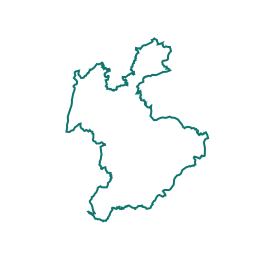 Wang Nam Khiao, Nakhon Ratchasima, Thailand, rotated 52°
{"feature_id": "78962969B7842006163468", "entity_name": "Wang Nam Khiao", "entity_type": "district", "adm_level": 2, "iso_a3": "THA", "parent_name": "Thailand", "parent_adm1": "Nakhon Ratchasima", "projection": "natural_earth1", "projection_center": [101.843, 14.436], "detail": "fine", "context": "isolated", "style": "outline", "palette": "teal", "viewbox_px": 256, "rotation_deg": 52, "n_neighbors": 0, "source": "geoboundaries", "source_scale": "gbopen_adm2", "svg_char_len": 5763}
<svg xmlns="http://www.w3.org/2000/svg" viewBox="0 0 256 256"><g transform="rotate(52 128 128)"><path d="M197.0,84.5L191.0,79.6L186.2,77.2L184.8,74.9L184.4,73.6L185.3,71.1L182.5,69.9L179.4,69.3L179.2,70.9L178.9,71.0L179.3,71.5L178.9,72.3L179.1,73.0L178.9,73.6L177.1,73.8L176.8,75.3L177.5,75.5L177.4,76.3L174.1,76.4L173.6,76.2L174.1,75.3L173.2,74.6L172.8,75.0L170.9,74.9L170.6,76.0L169.0,75.9L168.0,76.9L167.5,78.3L165.9,78.3L163.9,80.2L162.9,82.5L163.0,83.5L160.8,84.0L159.1,83.4L152.0,83.4L148.8,84.9L146.4,87.4L144.6,88.3L143.4,91.9L141.3,93.9L140.3,95.5L139.4,98.6L139.3,100.6L137.7,102.7L132.3,102.9L130.8,100.8L128.7,98.9L126.7,97.9L124.9,96.2L125.0,98.8L123.5,99.8L120.1,100.2L119.6,99.9L120.2,99.4L120.1,99.0L119.0,99.2L118.5,99.0L118.5,98.5L118.3,98.7L117.4,98.2L115.8,99.0L115.6,98.7L114.9,100.0L113.8,100.5L113.1,100.1L112.9,99.5L112.1,99.4L111.5,99.8L111.2,99.1L110.4,98.6L110.1,97.4L109.0,97.3L107.6,96.0L107.0,96.6L106.4,95.9L106.2,96.7L107.1,98.6L106.1,100.0L105.0,97.1L104.3,96.7L103.6,95.6L102.9,95.2L101.9,95.6L100.8,95.3L101.0,94.1L100.0,91.7L101.1,87.5L98.9,86.0L98.3,85.3L98.1,84.1L98.4,84.0L98.2,82.6L98.8,82.3L99.2,80.1L101.0,78.3L101.0,76.3L103.1,73.9L103.9,72.5L105.4,66.0L107.5,62.7L108.5,59.3L106.2,59.5L104.9,61.2L104.2,60.0L103.5,59.8L102.0,61.6L101.0,61.3L99.3,61.5L97.3,60.5L96.8,60.0L96.7,59.0L98.4,55.7L98.3,54.1L95.5,51.7L94.4,49.4L93.8,46.7L89.9,45.1L89.0,46.4L87.0,47.9L86.7,49.5L85.7,50.1L84.2,49.8L83.6,49.0L82.4,49.2L82.1,48.5L81.4,51.2L80.4,53.1L79.9,52.3L77.2,51.6L76.7,51.1L75.1,51.6L74.4,52.4L73.7,52.3L73.8,53.4L73.3,55.0L74.9,55.3L75.0,56.7L73.6,63.3L72.8,64.1L72.3,65.8L73.4,69.7L72.3,69.8L71.4,71.2L69.9,72.4L71.2,73.6L73.1,72.8L75.2,73.5L74.9,74.9L75.6,76.9L76.2,77.2L76.5,78.4L77.7,78.7L77.6,79.3L78.2,79.5L78.6,80.4L79.1,80.4L78.9,81.6L79.3,82.0L79.1,82.3L80.6,83.5L80.3,84.3L81.2,85.8L82.0,86.1L82.4,87.1L82.1,87.9L83.3,88.7L83.6,89.8L84.3,89.9L85.2,89.3L86.6,89.7L87.4,88.8L88.4,89.6L89.4,89.9L89.2,90.9L87.0,91.5L86.6,93.7L86.8,94.4L86.4,94.7L86.5,98.4L84.5,100.7L85.2,101.4L87.4,101.9L88.1,101.6L88.2,100.1L89.9,100.1L90.5,102.1L92.2,100.8L93.9,102.2L92.2,103.2L91.7,105.2L90.1,107.4L90.3,108.4L89.8,108.8L89.4,110.4L88.7,111.1L89.1,112.1L90.0,112.9L90.4,112.8L90.7,113.6L89.5,115.3L89.8,116.1L88.8,116.3L88.7,117.1L86.8,117.4L86.6,118.0L86.4,117.8L85.1,119.0L84.5,120.3L82.7,119.2L82.2,119.7L81.3,119.7L80.7,117.8L76.6,116.2L77.6,114.2L75.5,111.4L74.9,111.3L74.5,111.7L74.6,114.0L73.0,114.4L72.0,113.9L71.8,113.3L71.0,113.2L70.7,112.0L71.0,110.9L70.6,109.6L71.2,108.9L71.6,107.4L71.2,107.4L71.0,106.6L70.5,106.5L70.5,107.4L70.0,107.4L69.6,106.8L69.2,107.5L69.4,108.1L68.8,108.8L67.9,108.8L67.3,109.4L67.2,108.7L66.6,108.9L66.7,110.6L66.4,110.5L66.4,109.9L66.0,110.4L65.5,109.7L65.1,110.3L64.6,109.8L64.1,110.5L63.9,109.9L63.3,109.9L63.8,109.4L63.7,108.9L63.1,109.3L62.7,108.4L62.0,108.2L61.9,107.6L61.6,108.5L60.9,108.0L60.4,108.4L60.6,109.2L59.8,111.9L58.4,113.1L59.6,117.7L59.5,120.6L58.8,121.7L59.3,121.7L59.2,123.4L60.2,124.7L59.9,125.6L60.3,125.8L60.2,127.5L60.9,129.0L60.4,130.3L61.0,131.6L60.8,132.7L59.6,134.2L57.6,133.8L55.7,134.2L54.7,133.7L52.7,131.3L51.3,134.4L51.2,135.4L52.3,136.5L54.1,137.0L55.3,139.9L59.1,139.3L60.2,139.7L61.5,140.8L61.8,141.8L61.2,143.2L61.4,145.1L62.0,145.5L63.3,145.2L64.7,146.2L67.2,150.1L71.8,155.4L73.0,156.1L75.3,158.5L81.9,168.4L85.8,171.1L88.0,174.2L90.0,175.5L93.0,178.8L95.2,176.5L95.2,174.1L96.1,172.4L94.8,169.3L95.0,167.2L94.8,164.1L95.4,162.7L97.2,164.3L98.7,164.9L99.9,164.9L100.8,164.3L103.2,164.3L103.8,163.7L103.8,162.0L106.4,161.3L106.0,159.4L108.0,159.4L109.0,158.4L110.5,159.5L111.3,158.9L114.4,161.3L115.7,163.0L117.1,163.2L118.7,162.1L120.3,162.4L121.0,162.2L122.6,159.9L123.1,157.5L123.6,157.2L125.2,157.2L126.5,156.2L127.2,156.5L126.2,159.1L126.0,161.3L133.1,165.5L133.4,166.3L135.8,168.6L137.1,171.1L137.8,171.2L139.3,173.2L140.8,172.8L141.4,173.3L142.6,173.1L143.4,174.2L144.3,173.8L144.3,171.6L145.0,170.0L147.6,171.4L149.5,171.4L150.5,171.9L152.7,169.4L153.2,169.7L153.3,170.4L154.8,170.2L154.9,171.4L155.9,171.0L156.2,171.5L156.8,171.4L157.3,171.7L157.2,172.9L157.5,173.4L158.3,173.5L158.9,175.4L159.0,177.8L160.3,178.7L161.7,181.2L159.0,184.7L158.2,185.4L157.0,185.5L156.6,187.1L156.7,188.9L157.8,190.0L159.2,192.7L159.4,194.9L160.1,195.9L160.5,197.4L160.1,199.0L161.3,200.0L162.1,203.2L163.2,203.7L166.8,204.0L171.5,206.3L174.8,206.8L174.0,208.3L171.2,210.1L169.7,210.5L169.5,210.9L171.5,210.9L173.2,209.9L175.9,209.2L179.3,209.7L180.7,208.2L181.4,208.0L182.5,206.4L184.2,205.9L185.3,205.0L186.1,205.0L186.0,204.2L187.6,202.5L186.9,201.2L187.1,200.3L186.8,199.4L186.3,199.0L185.3,195.9L184.8,195.6L183.6,193.4L182.8,190.5L181.3,190.0L181.3,189.4L182.1,188.3L183.2,188.0L183.7,187.3L184.5,187.2L184.6,186.7L183.9,185.5L184.8,185.5L184.8,184.7L185.5,184.5L184.6,184.0L184.6,183.6L186.7,184.1L188.1,182.8L188.0,182.2L187.1,181.9L188.7,181.2L188.2,180.5L188.6,179.2L188.4,178.7L188.8,178.4L188.5,177.8L188.9,177.4L188.9,176.7L189.3,176.7L189.6,175.0L193.5,173.6L195.1,172.1L196.2,172.3L196.3,172.0L195.6,171.3L196.2,169.7L195.8,168.0L197.5,165.7L197.6,164.8L198.3,164.6L199.0,165.1L201.4,163.1L203.1,163.1L204.5,160.6L204.8,159.3L203.8,157.8L203.4,155.5L202.7,155.5L202.2,155.0L201.5,152.4L201.8,151.7L201.6,150.9L200.2,148.4L199.6,145.9L200.2,144.4L203.6,142.9L203.5,141.3L204.2,140.1L203.3,139.5L199.2,139.3L199.3,137.3L202.0,134.2L202.4,132.5L200.7,126.8L197.0,123.3L196.2,121.6L195.6,118.5L196.5,116.4L196.6,114.6L194.6,111.0L194.8,106.4L195.9,103.0L196.6,102.7L197.5,100.0L198.3,99.4L197.9,98.3L198.3,97.4L195.7,96.0L195.2,95.0L194.5,94.6L193.3,94.7L192.1,94.0L191.8,94.2L191.5,93.6L191.6,93.1L193.6,91.7L196.2,90.3L196.2,89.5L195.4,88.3L195.8,87.6L195.2,86.9L196.9,85.6L197.0,84.5Z" fill="none" stroke="#0f766e" stroke-width="2"/></g></svg>